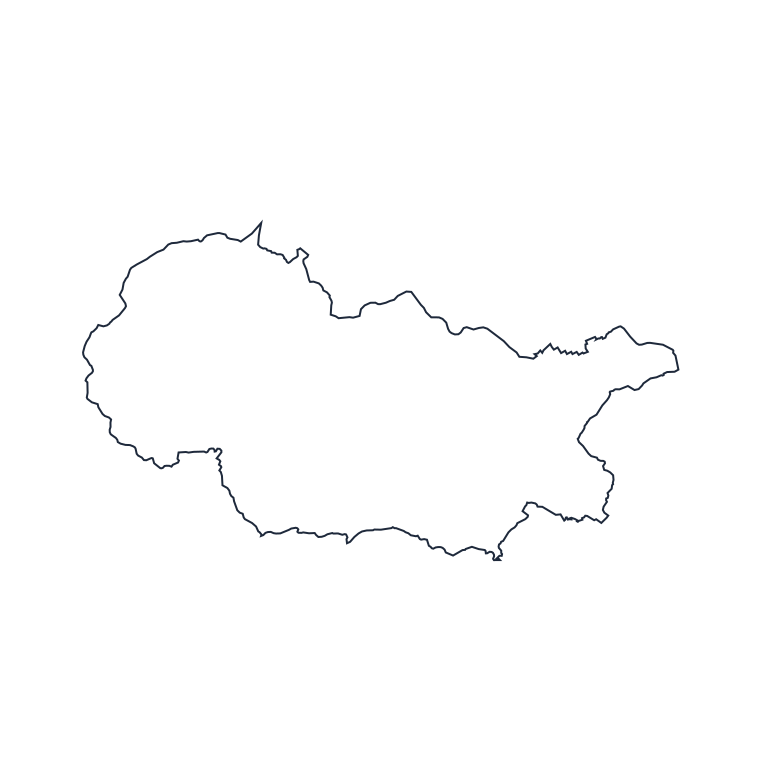 outline of Tlapacoya, Puebla, Mexico, rotated 69°
{"feature_id": "50627088B8286013017465", "entity_name": "Tlapacoya", "entity_type": "district", "adm_level": 2, "iso_a3": "MEX", "parent_name": "Mexico", "parent_adm1": "Puebla", "projection": "equal_earth", "projection_center": [-97.834, 20.137], "detail": "fine", "context": "isolated", "style": "outline", "palette": "slate", "viewbox_px": 768, "rotation_deg": 69, "n_neighbors": 0, "source": "geoboundaries", "source_scale": "gbopen_adm2", "svg_char_len": 6153}
<svg xmlns="http://www.w3.org/2000/svg" viewBox="0 0 768 768"><g transform="rotate(69 384 384)"><path d="M383.0,621.8L383.0,620.4L381.9,618.3L382.4,616.3L383.4,613.8L385.0,612.0L383.7,610.1L383.5,604.4L382.0,602.9L379.8,603.6L374.3,600.3L376.5,593.3L378.0,591.0L379.1,586.1L382.6,576.2L384.2,574.6L384.2,573.2L382.1,570.3L382.4,568.2L383.2,566.4L384.9,565.9L386.4,566.3L386.6,565.1L384.7,562.7L385.7,560.6L387.9,559.7L389.5,560.3L393.5,566.9L395.8,565.0L397.5,564.5L400.2,567.0L402.4,565.6L403.4,565.7L405.7,568.7L407.7,567.9L411.7,568.2L420.7,571.1L425.0,567.5L428.2,566.6L431.3,567.1L433.9,566.7L436.2,565.3L439.8,566.0L449.3,566.2L452.4,564.8L454.5,562.4L458.3,562.8L460.3,562.3L466.5,557.0L471.2,554.5L476.6,554.2L477.7,553.3L480.7,552.3L481.8,553.2L481.8,550.8L480.5,548.0L480.6,545.5L481.5,542.7L483.7,540.5L484.9,538.4L486.3,534.4L486.1,525.0L485.7,522.4L486.6,517.9L487.6,516.6L489.0,516.1L490.9,517.8L492.2,517.2L493.4,514.4L493.6,512.6L496.5,507.5L498.3,502.1L500.6,501.5L503.3,500.1L504.3,496.9L504.5,493.8L504.0,490.7L504.6,485.7L505.4,485.0L507.1,480.4L509.8,477.0L510.1,474.4L510.9,473.3L514.1,473.1L515.4,474.6L519.4,475.6L519.2,472.2L516.2,466.5L514.4,461.3L513.8,457.4L514.5,452.7L516.6,446.7L516.4,445.2L518.9,439.1L521.2,428.7L520.8,427.1L522.4,425.8L522.9,424.4L528.3,418.2L530.1,417.0L532.1,414.7L534.8,413.2L537.6,408.7L537.7,406.9L541.6,406.1L542.6,405.1L543.2,402.1L544.8,399.7L551.1,400.1L552.6,398.9L554.5,398.2L555.4,397.0L555.1,394.4L555.6,392.0L556.6,389.5L558.0,388.0L560.3,386.8L563.4,386.7L568.9,381.0L567.2,370.2L567.9,367.7L567.3,366.9L567.5,360.3L572.1,354.7L575.1,349.4L576.3,349.0L578.6,349.6L579.0,348.4L578.5,345.5L579.4,343.7L580.6,342.8L582.7,342.5L584.2,342.9L586.3,344.8L587.8,344.5L589.9,338.9L588.2,339.6L587.2,341.1L585.9,338.2L585.8,337.4L586.6,335.7L585.1,334.7L583.7,335.1L581.6,334.3L578.2,335.5L576.7,335.2L575.0,334.1L574.6,332.4L573.3,331.2L573.2,329.0L567.1,321.0L565.4,317.2L564.7,313.5L563.4,311.0L561.7,309.4L560.8,300.5L559.5,297.4L558.2,296.6L552.4,300.2L548.8,296.1L548.2,294.6L546.0,292.8L546.9,291.5L547.5,288.9L549.7,285.5L551.3,284.6L553.5,284.6L555.4,280.2L567.7,270.5L569.0,265.9L576.1,264.7L575.7,263.5L573.9,262.1L574.0,261.2L576.4,261.0L576.8,259.0L577.6,257.5L577.3,257.4L576.0,259.7L576.0,257.1L578.4,254.2L580.9,252.1L581.4,253.0L582.1,252.4L581.6,251.5L581.8,247.4L580.2,247.2L580.2,245.0L579.1,243.3L580.0,241.6L586.5,236.6L586.3,234.4L591.6,230.9L588.6,224.0L587.2,221.8L583.1,224.4L580.0,224.8L577.2,222.9L573.9,218.1L572.1,218.3L570.5,217.6L570.5,215.9L568.5,214.5L565.9,214.4L563.4,209.0L560.2,207.3L559.6,206.0L558.4,205.9L555.8,204.1L551.3,202.8L547.6,204.5L545.0,206.6L543.1,209.2L539.1,208.9L537.2,206.1L535.6,205.8L534.4,206.8L533.3,209.4L531.3,211.4L529.1,211.6L525.6,216.4L522.3,218.0L513.2,220.4L508.2,222.8L504.6,222.8L504.1,221.6L500.8,218.3L500.4,217.0L498.2,214.0L496.9,212.6L495.1,211.8L493.2,208.5L492.4,208.2L492.4,207.5L490.0,204.0L488.8,196.6L482.2,187.8L479.0,181.6L477.1,178.9L474.6,176.5L472.5,176.2L472.1,175.6L472.5,172.2L471.9,171.0L471.9,169.7L473.4,166.0L473.3,157.0L479.4,152.3L480.0,148.1L477.9,143.6L476.4,141.6L474.3,133.2L475.4,127.1L475.2,122.0L476.0,120.8L475.8,119.6L474.6,119.3L474.3,115.4L476.7,108.3L476.1,104.0L461.9,101.7L458.5,102.9L456.6,101.9L455.5,102.2L447.3,109.5L440.9,120.9L440.0,123.6L439.6,129.2L438.8,131.8L436.6,133.7L428.0,137.2L418.3,140.1L415.0,142.4L414.7,143.9L415.1,150.5L416.5,153.5L416.3,155.7L417.0,156.4L417.4,158.3L420.1,160.7L420.2,163.6L418.3,163.7L418.1,164.4L418.8,166.2L418.3,167.7L418.5,169.9L418.2,169.5L415.7,170.1L416.0,180.0L419.3,180.0L419.3,181.8L423.2,183.0L427.0,182.2L427.0,186.8L425.8,187.4L426.6,191.7L423.1,192.6L423.6,197.3L421.0,197.7L421.6,202.5L417.9,203.0L418.6,207.6L412.1,208.8L412.8,213.1L409.5,214.1L406.2,214.4L409.7,223.0L411.6,225.1L408.7,226.1L410.6,229.6L410.1,232.7L412.7,231.4L413.9,235.5L410.1,241.5L407.1,247.9L402.1,248.9L394.5,253.7L386.9,256.8L369.4,267.7L366.7,271.0L365.7,275.3L365.2,280.9L360.6,286.4L360.3,289.6L363.4,293.9L364.2,296.7L363.1,300.1L360.7,302.7L358.6,304.0L355.5,304.4L349.0,303.9L344.2,306.0L341.5,308.8L338.7,316.0L332.1,319.0L327.2,319.5L323.3,321.2L307.8,325.5L305.7,330.0L306.7,339.6L309.0,344.3L308.6,348.8L308.8,353.1L308.1,359.0L307.3,360.9L305.0,362.9L303.3,367.6L303.7,373.9L305.9,378.7L311.7,382.4L311.0,389.1L309.2,392.3L306.3,402.8L303.5,404.8L300.2,408.9L291.6,405.0L289.4,403.5L287.4,403.2L283.3,403.8L282.0,402.9L278.0,404.4L274.9,407.1L272.1,406.8L269.6,407.4L266.7,408.8L263.2,413.1L262.2,416.4L260.1,416.6L248.9,415.4L242.4,415.8L240.3,415.3L238.9,414.4L237.8,410.0L236.3,408.5L227.3,413.6L227.7,414.8L227.7,416.8L233.5,418.5L234.3,420.2L234.8,424.0L236.5,428.2L236.7,429.9L235.2,430.9L232.9,431.0L230.9,432.2L230.4,431.8L227.2,432.4L225.8,434.1L224.6,437.4L222.3,439.0L221.1,441.8L219.5,441.8L217.4,445.1L215.7,445.3L214.5,447.0L214.3,448.2L211.8,450.5L208.8,451.6L200.4,447.5L189.6,440.9L196.2,453.4L199.7,466.7L197.2,468.9L193.3,475.6L191.3,477.8L187.7,478.4L184.2,483.4L183.5,485.2L181.8,495.9L183.2,499.8L184.6,501.6L185.3,503.4L185.1,504.5L184.2,505.3L182.6,505.9L181.5,513.1L180.3,517.2L178.8,520.1L177.9,526.8L176.4,531.8L176.5,535.4L179.5,541.7L179.6,548.5L181.3,557.0L182.4,560.6L183.8,571.8L185.0,578.2L186.2,580.1L192.0,584.9L193.2,587.2L196.3,590.8L202.1,594.3L206.1,598.8L216.1,596.6L218.9,597.0L220.3,598.6L225.0,606.8L226.9,614.4L228.0,616.2L228.4,617.7L229.3,618.8L230.0,621.7L229.6,625.3L226.5,629.6L228.9,632.3L230.7,636.5L230.9,638.6L231.6,639.4L234.8,642.2L237.9,646.5L241.3,649.8L246.6,653.6L248.9,654.2L251.7,654.1L254.8,652.6L260.9,651.7L262.2,650.7L266.5,650.7L267.8,651.2L268.9,652.6L270.2,656.8L272.1,659.8L273.9,661.4L276.1,660.3L286.1,663.9L290.1,666.3L291.6,666.2L296.4,663.3L300.2,658.5L303.4,659.0L311.1,657.5L313.8,656.1L316.7,652.8L319.3,651.5L322.0,653.2L326.1,654.7L328.4,656.5L330.8,657.3L333.1,657.1L338.4,653.6L340.6,653.0L342.8,653.3L345.3,651.3L348.2,647.2L350.0,643.0L352.4,640.4L353.9,639.3L355.4,639.1L360.5,639.9L362.7,639.2L365.9,636.4L369.0,635.4L370.0,633.2L369.8,628.5L369.9,627.3L370.6,626.5L375.6,627.0L382.4,623.0L383.0,621.8Z" fill="none" stroke="#1e293b" stroke-width="2"/></g></svg>